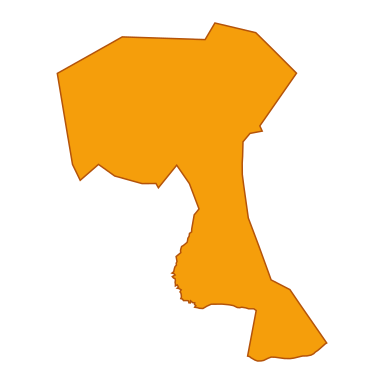 outline of Coronel José Dias, Piauí, Brazil
{"feature_id": "56859067B76056994493653", "entity_name": "Coronel José Dias", "entity_type": "district", "adm_level": 2, "iso_a3": "BRA", "parent_name": "Brazil", "parent_adm1": "Piauí", "projection": "albers", "projection_center": [-42.3, -8.961], "detail": "fine", "context": "isolated", "style": "filled", "palette": "amber", "viewbox_px": 384, "rotation_deg": 0, "n_neighbors": 0, "source": "geoboundaries", "source_scale": "gbopen_adm2", "svg_char_len": 1733}
<svg xmlns="http://www.w3.org/2000/svg" viewBox="0 0 384 384"><path d="M255.8,32.7L214.9,23.0L205.1,39.6L194.8,39.3L193.1,39.2L190.1,39.1L171.7,38.5L122.2,36.9L102.5,48.0L57.3,73.4L67.9,137.1L68.3,139.3L72.5,164.4L80.2,180.3L98.5,164.4L114.7,176.0L142.1,183.6L156.0,183.5L158.4,187.8L176.7,165.2L189.4,183.6L192.4,191.5L199.0,208.9L195.9,212.8L194.2,214.8L191.7,229.1L191.6,231.9L189.5,233.4L189.1,236.3L187.9,238.2L187.5,240.8L187.1,242.4L183.2,245.6L181.6,246.5L180.8,249.1L180.5,250.7L180.8,252.6L179.3,253.9L176.1,256.5L177.0,261.5L176.2,263.2L176.4,265.2L175.1,266.5L174.5,268.1L173.7,271.7L172.0,273.1L173.9,273.6L175.1,275.0L172.3,276.6L173.5,278.0L175.0,278.6L175.4,280.3L175.1,282.3L175.4,284.0L175.4,285.9L177.2,284.9L178.5,287.1L177.2,288.2L179.0,288.6L181.2,289.8L180.0,291.9L181.0,293.3L181.3,295.2L181.4,297.1L180.8,298.6L182.5,299.1L183.5,300.6L187.2,300.6L188.6,300.9L188.9,302.8L190.4,302.9L190.7,300.9L192.8,302.7L194.7,302.8L194.5,304.4L195.8,305.6L194.7,307.2L197.5,307.7L199.5,308.3L202.9,308.5L204.8,307.4L206.8,306.2L211.2,304.2L221.9,304.1L227.2,304.6L229.2,304.8L233.4,305.6L237.3,307.5L239.7,307.7L241.7,307.2L245.9,307.9L248.7,308.8L253.8,308.8L256.2,310.5L247.6,356.1L249.6,356.6L250.7,357.6L255.0,360.1L257.6,361.0L261.1,360.9L263.7,360.4L268.0,358.3L271.1,357.1L275.0,357.2L284.4,358.5L290.1,358.6L293.8,358.1L300.4,356.5L302.7,356.0L307.0,355.9L311.0,355.1L313.7,353.7L315.4,352.0L317.7,350.5L320.3,348.3L325.2,343.9L326.7,343.0L299.0,303.0L289.9,289.6L271.1,279.9L268.2,271.8L258.6,245.4L248.3,218.0L244.9,193.9L243.7,185.4L242.3,174.5L242.2,163.2L242.6,156.5L243.0,141.8L250.0,133.4L262.2,131.1L259.8,125.9L296.5,73.2L272.6,49.3L255.8,32.7Z" fill="#f59e0b" stroke="#b45309" stroke-width="1.5"/></svg>